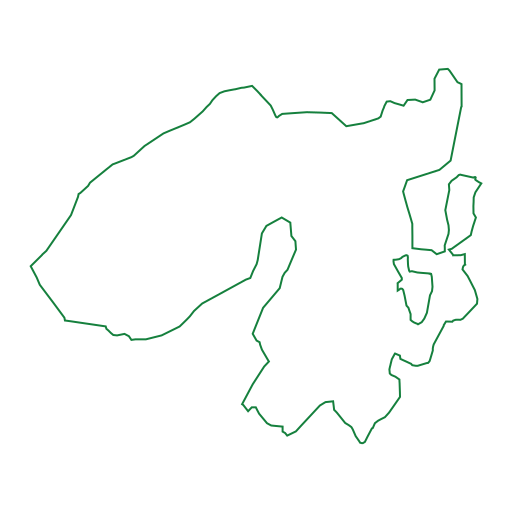 Hazm Al Odayn, Ibb, Yemen (Albers equal-area conic projection)
{"feature_id": "15242507B15559631909516", "entity_name": "Hazm Al Odayn", "entity_type": "district", "adm_level": 2, "iso_a3": "YEM", "parent_name": "Yemen", "parent_adm1": "Ibb", "projection": "albers", "projection_center": [43.968, 14.112], "detail": "fine", "context": "isolated", "style": "outline", "palette": "green", "viewbox_px": 512, "rotation_deg": 0, "n_neighbors": 0, "source": "geoboundaries", "source_scale": "gbopen_adm2", "svg_char_len": 5024}
<svg xmlns="http://www.w3.org/2000/svg" viewBox="0 0 512 512"><path d="M78.6,194.0L78.0,196.9L72.9,210.2L71.0,215.1L46.3,250.9L42.3,254.5L42.0,255.0L30.7,266.2L36.7,277.5L39.8,284.8L53.0,302.3L53.3,302.7L64.4,317.7L64.9,320.2L65.0,320.3L65.0,320.5L70.9,321.3L78.3,322.4L105.7,326.4L106.4,328.8L108.4,330.5L110.9,333.0L113.3,335.0L117.1,335.4L124.5,333.9L128.9,336.2L131.4,339.9L135.7,339.3L146.0,339.3L161.6,335.4L179.6,326.5L181.9,324.3L186.8,319.5L189.8,316.4L194.0,311.0L196.6,308.6L202.2,303.5L216.7,295.6L245.9,279.6L250.3,278.0L253.1,271.0L256.6,264.2L257.7,260.1L261.9,233.4L266.4,225.9L272.7,222.4L279.3,218.8L279.9,218.5L281.7,217.5L288.6,221.6L290.3,222.6L291.4,236.0L295.4,241.2L295.6,244.2L296.0,249.6L292.1,258.8L289.2,265.7L288.7,266.9L288.7,267.0L288.1,268.3L287.7,269.3L287.5,269.8L284.7,272.8L282.5,276.8L279.7,288.2L263.1,307.8L255.8,326.0L252.7,333.8L256.6,340.6L259.6,342.2L260.1,344.6L261.9,349.6L263.1,351.7L268.2,360.4L268.9,361.5L264.2,366.5L252.7,384.3L242.1,404.2L243.3,405.0L248.1,411.2L251.8,407.3L255.8,407.3L256.9,409.5L259.1,413.7L267.0,423.2L271.2,425.5L275.1,425.9L282.6,426.6L282.6,431.6L285.1,433.0L287.2,435.6L295.9,431.4L301.0,425.8L319.9,405.5L324.0,403.0L325.5,402.1L327.6,401.9L333.1,401.3L333.8,407.0L334.1,409.6L334.1,409.8L335.8,411.5L337.0,412.8L345.2,423.0L348.7,425.1L351.3,427.0L351.6,427.4L352.8,429.5L355.7,436.2L356.7,437.6L359.4,441.5L360.1,442.7L361.6,443.1L362.9,443.1L364.9,441.9L367.5,436.7L371.9,428.4L372.8,428.0L374.9,423.2L378.1,420.7L380.9,419.2L384.9,417.2L388.9,412.8L390.2,411.0L391.0,409.8L392.0,408.4L392.7,407.4L399.8,397.2L400.0,396.9L399.9,392.0L399.8,389.1L399.6,383.1L399.5,381.7L399.4,379.5L395.4,376.7L391.4,375.0L389.8,373.5L389.6,371.4L389.4,369.4L390.0,366.6L390.4,365.2L390.6,364.2L391.8,359.3L394.9,353.6L395.0,353.5L399.9,355.6L400.4,358.9L403.2,360.2L406.1,361.5L409.7,363.2L411.1,363.8L412.0,364.9L412.3,365.2L415.9,365.8L417.7,365.8L426.6,363.1L428.1,362.9L429.6,361.1L430.4,358.6L432.8,350.5L432.8,350.0L432.8,348.4L433.1,346.6L433.7,344.4L443.7,325.9L443.8,325.0L444.1,324.6L446.0,321.5L446.4,321.5L452.3,321.7L453.2,320.6L455.6,319.8L457.6,319.7L460.4,319.8L462.8,318.7L463.0,318.5L464.4,317.0L468.7,312.5L474.0,306.9L477.0,303.7L477.4,299.0L475.2,291.3L474.8,290.0L472.8,286.1L469.8,280.2L467.6,276.0L462.5,269.4L463.0,267.1L463.4,266.2L464.0,265.4L465.2,264.7L464.9,264.2L464.8,254.1L460.7,255.2L453.2,255.3L453.2,255.0L448.9,249.6L451.8,248.8L452.7,248.1L468.9,236.5L470.8,235.1L471.6,231.5L473.0,226.4L473.3,225.4L474.3,222.4L474.7,221.1L475.1,219.9L475.9,217.5L473.5,213.4L473.4,206.1L473.6,202.0L473.7,197.4L475.4,192.3L481.3,183.4L478.8,182.1L475.5,179.9L475.2,179.2L475.4,178.5L475.7,177.6L475.4,177.1L474.3,177.1L473.4,177.6L461.7,175.0L460.2,174.6L458.7,175.1L456.6,177.3L451.6,180.8L448.9,184.3L449.3,190.1L445.6,208.7L445.3,210.1L447.1,219.7L448.5,225.3L448.9,230.0L448.5,233.9L447.4,237.2L444.7,245.4L444.8,248.4L444.8,249.9L444.8,251.4L436.7,254.2L431.6,250.2L425.2,249.6L421.3,249.3L420.5,249.2L412.4,248.2L412.4,235.8L412.3,228.0L412.3,223.8L410.9,218.9L409.4,213.8L407.8,208.6L407.2,206.6L406.0,202.2L405.7,201.2L403.7,193.8L403.1,191.4L404.7,187.0L407.1,180.2L420.6,175.9L437.8,170.4L439.4,169.9L450.6,160.6L461.2,107.0L461.6,106.6L461.5,84.1L459.7,83.2L457.5,82.2L455.7,79.6L449.5,70.6L447.8,68.9L439.2,69.6L438.9,70.2L434.5,78.7L434.6,90.4L430.3,99.7L422.7,102.3L422.3,102.1L415.2,99.6L407.5,100.0L403.6,105.7L398.5,104.2L394.6,103.1L390.3,101.2L386.7,101.6L384.4,106.0L383.8,107.8L382.7,110.3L380.8,116.2L380.7,116.4L380.7,116.6L378.3,118.4L363.7,123.2L361.2,123.6L346.3,126.2L332.1,113.4L331.8,113.1L329.9,113.0L322.8,112.7L320.8,112.6L306.8,112.2L292.0,113.2L283.6,113.8L282.2,113.9L279.2,115.8L278.9,116.0L278.0,116.9L277.2,117.4L276.3,117.1L275.4,115.6L272.8,109.7L270.8,105.7L270.4,105.2L260.6,94.8L260.7,94.7L258.5,92.4L257.6,91.4L252.1,85.9L244.0,87.6L242.6,87.7L241.4,87.8L235.1,89.3L234.8,89.3L229.3,90.3L224.4,91.3L219.6,93.1L216.1,96.2L212.4,100.2L209.9,103.9L206.6,107.0L202.7,111.4L194.3,118.8L189.9,122.3L184.6,124.6L179.8,126.6L169.8,130.7L163.5,133.4L144.5,146.0L144.3,146.2L141.0,149.2L133.8,155.8L131.5,157.1L115.3,163.4L112.6,164.4L106.0,169.7L90.0,182.7L88.1,185.9L80.3,193.0L78.6,194.0ZM409.1,270.6L409.7,271.6L411.9,271.2L417.4,272.5L418.6,272.6L420.7,272.8L429.7,273.5L429.7,273.8L431.1,273.9L431.3,274.7L431.8,276.9L432.5,286.8L432.0,291.2L430.0,295.3L426.9,312.8L424.3,318.6L421.7,322.2L418.0,324.3L417.3,323.8L416.0,323.3L414.1,322.5L412.2,321.3L410.7,320.0L410.6,319.9L410.6,319.4L410.6,317.4L410.6,316.2L410.6,315.9L410.6,314.1L409.3,310.4L408.4,307.7L406.5,305.6L406.3,304.6L404.6,295.8L403.2,290.0L402.3,288.9L401.8,288.7L400.9,288.6L400.3,288.7L399.4,289.5L397.7,290.6L397.7,284.4L397.6,283.2L401.8,279.7L401.8,278.4L401.8,278.0L398.1,271.6L393.9,264.1L393.5,261.3L393.6,259.8L395.8,259.7L399.0,259.2L401.2,258.1L402.4,256.9L404.2,256.0L405.7,255.3L406.6,255.2L407.6,255.7L407.9,257.3L407.8,259.6L408.0,264.2L408.2,266.5L409.1,270.6Z" fill="none" stroke="#15803d" stroke-width="2"/></svg>